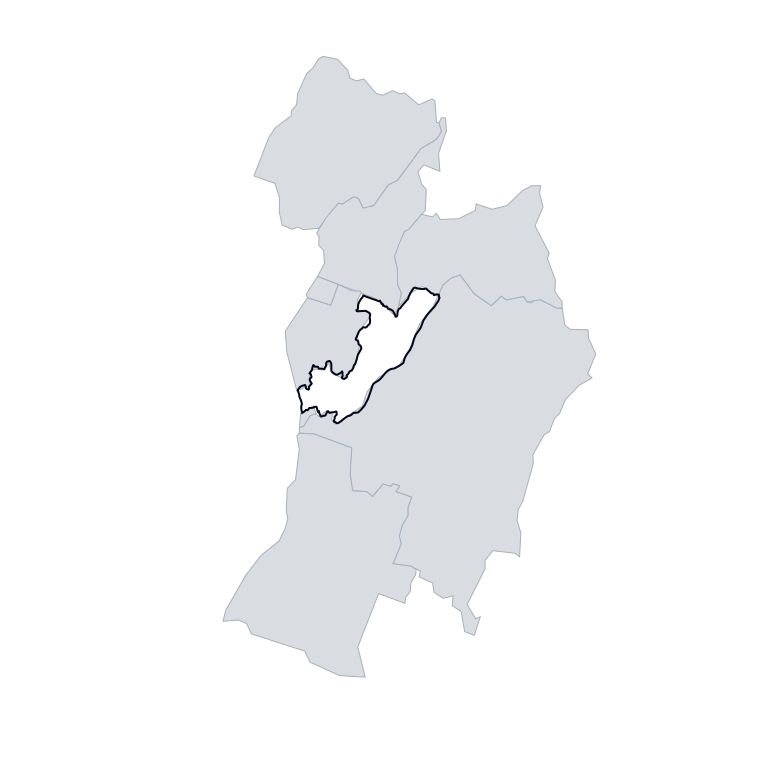 map of Republic of the Congo with Democratic Republic of the Congo, Nigeria, Cameroon and 4 others greyed out, rotated 20°
{"feature_id": "COG", "entity_name": "Republic of the Congo", "entity_type": "country or territory", "adm_level": 0, "iso_a3": "COG", "parent_name": "Africa", "parent_adm1": "", "projection": "equal_earth", "projection_center": [14.374, -0.658], "detail": "fine", "context": "with_neighbors", "style": "outline", "palette": "ink", "viewbox_px": 768, "rotation_deg": 20, "n_neighbors": 7, "source": "natural_earth", "source_scale": "50m", "svg_char_len": 8121}
<svg xmlns="http://www.w3.org/2000/svg" viewBox="0 0 768 768"><g transform="rotate(20 384 384)"><path d="M551.5,407.9L554.5,446.7L553.1,456.3L555.7,466.8L563.5,477.1L570.5,500.0L565.2,498.2L543.3,503.4L539.3,515.1L542.2,523.1L537.5,562.8L550.3,573.1L554.1,569.8L554.8,589.3L544.5,589.1L534.4,571.5L524.1,568.9L521.3,559.4L512.9,565.2L502.2,562.6L497.8,554.4L483.0,553.2L482.2,547.5L471.5,546.0L453.9,549.9L454.8,528.3L450.4,521.6L449.4,510.4L451.5,499.4L448.8,492.4L448.6,480.9L432.2,481.1L433.4,474.5L426.5,474.6L425.8,477.7L417.3,478.4L411.9,493.6L404.4,491.1L391.0,495.1L382.7,479.7L375.5,455.1L335.5,454.9L321.2,459.2L319.3,453.5L322.7,451.6L325.4,438.9L330.3,435.1L333.9,436.9L338.5,429.9L345.9,430.1L346.8,435.3L351.8,438.5L371.2,412.3L370.7,397.2L376.7,379.4L391.8,361.2L393.4,355.3L396.0,342.2L396.9,315.6L403.6,294.4L405.6,270.6L410.9,261.3L418.2,255.4L438.0,268.4L458.1,273.7L464.0,261.3L470.2,263.1L485.2,254.0L490.6,257.9L495.0,257.3L497.0,252.9L502.1,251.3L521.0,253.6L525.5,251.7L533.8,266.8L539.9,269.0L557.3,263.3L560.6,271.1L572.7,283.3L571.9,304.7L577.4,307.1L567.8,318.5L559.8,336.6L559.1,351.3L555.9,358.3L555.8,372.1L551.8,377.2L548.1,399.5L551.5,407.9Z" fill="#d9dde1" stroke="#a8b0b8" stroke-width="1"/><path d="M190.6,233.0L191.4,192.0L194.1,180.5L205.0,163.7L203.6,158.8L206.4,151.5L203.5,140.7L205.3,118.5L209.2,111.2L211.3,100.8L214.8,96.9L229.3,94.8L242.6,101.5L247.6,108.3L254.4,108.6L260.8,104.2L277.0,113.6L283.9,113.1L291.8,105.4L299.7,106.0L303.6,103.4L321.2,109.7L331.7,99.7L334.9,100.4L343.9,120.2L346.4,119.8L351.7,127.0L349.6,136.3L338.2,150.3L327.1,188.1L319.9,195.6L313.4,219.8L304.1,225.9L296.5,218.4L291.3,218.7L283.2,229.4L279.3,229.6L269.3,260.1L255.2,266.7L250.0,265.8L244.8,269.9L233.9,269.5L226.7,258.0L222.3,244.8L212.8,232.8L190.6,233.0Z" fill="#d9dde1" stroke="#a8b0b8" stroke-width="1"/><path d="M350.7,113.0L356.0,124.5L356.4,148.6L363.8,165.1L346.3,164.4L343.3,173.0L351.3,183.6L357.2,186.7L363.4,206.8L354.5,230.2L351.2,233.6L350.4,260.9L356.9,270.4L363.0,286.4L369.2,292.3L371.3,306.0L370.3,315.9L348.5,306.7L284.8,305.7L286.8,291.2L281.5,279.1L275.3,276.0L272.6,267.8L269.1,265.2L272.8,247.2L279.3,229.6L283.2,229.4L291.3,218.7L296.5,218.4L304.1,225.9L313.4,219.8L319.9,195.6L327.1,188.1L338.2,150.3L349.6,136.3L351.7,127.0L346.4,119.8L346.9,114.0L350.7,113.0Z" fill="#d9dde1" stroke="#a8b0b8" stroke-width="1"/><path d="M525.5,251.7L521.0,253.6L502.1,251.3L490.6,257.9L485.2,254.0L470.2,263.1L464.0,261.3L458.1,273.7L438.0,268.4L418.2,255.4L410.9,261.3L405.6,270.6L404.4,283.3L386.5,279.2L378.4,288.9L371.3,306.0L369.2,292.3L363.0,286.4L356.9,270.4L350.4,260.9L350.2,247.7L351.2,233.6L354.5,230.2L361.3,211.7L372.5,210.4L375.0,205.7L380.6,210.2L397.6,203.2L410.4,189.7L409.0,183.3L425.9,182.8L438.5,174.3L448.2,154.5L454.9,147.2L463.4,144.1L465.0,151.8L472.9,163.2L471.8,183.8L494.4,204.4L494.6,210.3L509.5,227.7L513.0,238.7L523.2,245.9L525.5,251.7Z" fill="#d9dde1" stroke="#a8b0b8" stroke-width="1"/><path d="M306.9,306.1L321.6,307.4L329.7,305.0L331.4,306.0L330.4,314.0L334.2,323.4L344.3,322.0L347.7,325.6L341.8,346.8L348.2,357.6L349.7,372.0L348.0,384.1L343.8,392.8L331.8,392.0L324.6,383.2L323.5,391.3L314.3,393.6L309.7,398.2L314.8,410.3L304.5,420.4L281.5,386.8L273.2,367.9L282.6,329.0L307.0,328.1L306.9,306.1Z" fill="#d9dde1" stroke="#a8b0b8" stroke-width="1"/><path d="M284.8,305.7L306.9,306.1L307.0,328.1L282.6,329.0L280.1,326.3L284.8,305.7Z" fill="#d9dde1" stroke="#a8b0b8" stroke-width="1"/><path d="M330.3,435.1L325.4,438.9L322.7,451.6L319.3,453.5L315.6,439.8L325.2,428.8L330.3,435.1ZM321.2,459.2L335.5,454.9L375.5,455.1L382.7,479.7L391.0,495.1L404.4,491.1L411.9,493.6L417.3,478.4L425.8,477.7L426.5,474.6L433.4,474.5L432.2,481.1L448.6,480.9L448.8,492.4L451.5,499.4L449.4,510.4L450.4,521.6L454.8,528.3L453.9,549.9L471.5,546.0L477.6,547.1L479.0,552.7L477.3,561.5L479.6,570.0L477.5,576.8L478.6,583.0L450.6,582.8L449.3,640.1L466.6,665.9L442.0,673.2L409.9,670.7L400.8,662.1L344.8,664.2L336.9,656.1L328.2,655.5L313.9,662.0L312.6,650.7L319.6,610.8L327.1,587.1L339.1,567.2L340.5,553.8L339.7,543.5L335.7,537.0L328.8,515.1L333.6,504.1L326.7,474.3L319.9,462.7L321.2,459.2Z" fill="#d9dde1" stroke="#a8b0b8" stroke-width="1"/><path d="M305.0,419.2L305.8,416.4L306.4,415.1L307.1,414.2L310.0,412.0L310.5,412.1L312.5,415.0L313.1,415.2L313.9,415.1L314.7,415.2L315.1,414.7L315.2,413.9L314.6,413.1L314.5,412.2L314.9,411.2L315.2,410.2L315.8,408.9L315.9,408.3L315.2,407.7L313.8,406.7L312.9,405.7L312.5,404.8L312.8,403.6L313.5,402.7L313.5,402.2L312.8,401.3L312.3,400.4L311.8,399.8L310.5,399.5L310.7,398.3L311.2,396.5L311.4,395.1L311.0,391.4L311.0,390.8L311.4,390.4L312.2,390.8L313.0,391.4L315.3,390.6L316.1,390.5L316.7,391.2L317.6,391.7L322.8,390.2L322.9,388.7L323.2,387.3L323.2,386.2L323.0,385.5L322.8,385.0L322.6,384.0L322.6,382.9L323.1,382.3L324.8,381.0L325.3,381.0L326.4,381.8L327.5,382.9L328.5,385.3L329.2,387.4L330.2,389.9L332.5,390.9L335.2,391.6L336.7,391.4L338.7,389.3L339.9,387.6L340.3,386.7L341.0,387.2L341.8,389.4L342.3,390.2L342.4,391.0L342.1,392.0L342.4,392.7L343.8,393.1L345.1,392.7L345.7,391.8L346.6,390.7L346.7,389.7L346.1,389.0L346.1,388.1L346.7,387.5L347.2,385.6L347.3,384.2L347.9,383.3L348.8,382.7L349.2,382.1L349.7,378.9L349.4,377.7L349.4,376.7L350.0,375.5L350.1,373.4L349.9,370.1L349.7,367.7L349.5,365.3L350.0,362.2L350.5,358.9L350.4,358.0L349.7,357.0L348.9,356.1L346.7,355.4L345.9,354.2L345.3,352.9L344.9,352.5L342.5,352.0L342.0,351.3L342.2,349.2L342.4,346.1L342.4,344.0L342.8,342.3L343.2,341.0L344.3,339.7L344.8,338.1L345.1,337.7L347.1,337.4L347.8,336.8L348.3,336.1L348.6,335.2L349.2,333.7L349.8,332.7L349.9,332.0L349.8,331.0L349.2,329.1L348.5,327.6L348.0,327.0L347.2,323.3L346.4,322.4L344.8,322.0L341.9,321.5L340.1,322.2L337.4,323.4L335.4,324.3L334.1,324.8L333.3,324.7L332.9,324.1L333.4,323.6L333.7,322.5L333.4,320.9L332.8,319.4L332.5,317.3L332.7,314.8L333.2,312.3L334.3,309.2L334.3,307.9L337.6,308.0L340.8,308.0L344.4,308.0L347.8,307.9L350.5,308.1L351.8,307.2L353.0,308.5L353.6,308.7L353.8,308.6L354.3,309.5L355.8,309.4L356.1,309.6L356.2,310.7L357.6,310.6L358.3,310.9L358.9,310.8L359.7,310.2L360.3,310.4L361.4,311.2L362.1,311.9L363.2,311.7L365.7,311.8L367.6,312.4L369.5,314.2L370.8,315.3L371.9,316.8L372.4,316.5L372.7,316.1L373.0,315.9L373.0,314.6L372.3,312.4L372.1,310.5L372.2,308.9L372.7,307.8L373.5,307.1L373.6,306.1L373.6,305.9L374.5,303.4L375.5,300.9L376.6,298.0L377.5,295.7L377.4,294.5L377.4,292.7L377.6,290.7L377.6,289.6L377.9,288.8L378.5,285.8L378.9,284.1L379.4,283.3L380.3,282.8L381.5,282.8L384.7,282.4L387.7,281.6L388.7,281.3L390.6,280.0L391.4,280.0L392.0,280.5L395.7,281.9L396.7,282.4L397.0,282.4L397.6,282.5L398.4,282.5L399.3,282.3L399.8,282.5L400.5,283.4L400.9,283.3L401.5,282.6L402.6,281.9L404.7,281.2L405.1,281.5L405.8,283.2L406.6,283.8L406.7,287.0L405.7,291.0L405.0,294.0L403.0,298.9L401.2,303.3L399.3,310.6L399.3,316.0L399.1,319.4L398.5,321.5L397.0,327.0L396.8,331.8L397.3,337.7L396.8,343.2L395.2,348.5L394.6,352.6L395.0,357.6L392.1,361.7L388.5,365.8L386.2,367.0L384.4,368.4L383.1,370.0L382.7,370.8L381.7,372.7L379.6,378.6L378.5,381.2L377.0,383.4L374.8,386.1L374.0,387.4L373.7,389.3L373.9,392.7L374.1,403.0L373.7,406.0L373.1,411.0L371.0,416.5L369.4,419.6L367.8,420.5L365.7,421.3L364.7,422.4L364.0,423.9L362.9,425.3L361.1,426.4L359.0,429.2L356.3,433.7L354.5,436.2L353.5,436.9L352.5,437.0L351.5,436.4L350.6,436.4L350.2,436.6L349.9,436.4L349.5,436.0L349.5,435.0L349.4,433.2L348.9,431.5L349.5,430.1L350.0,429.0L349.9,428.4L349.4,427.5L348.8,426.3L348.2,426.3L347.0,427.3L345.8,428.1L344.6,428.4L343.6,429.2L343.1,429.6L342.3,429.6L341.9,429.2L340.9,428.7L340.4,428.9L340.1,429.1L340.0,430.7L339.9,432.1L339.7,433.4L339.3,434.0L337.9,434.6L336.9,435.5L336.0,436.1L335.5,436.0L334.4,434.8L333.3,433.7L332.8,432.8L332.4,432.1L332.2,431.8L331.5,431.8L331.3,432.4L331.0,432.1L330.0,430.9L328.7,428.9L328.3,428.6L327.6,428.7L326.5,429.4L325.5,430.5L323.6,431.5L322.0,432.1L321.9,432.8L321.5,434.0L321.0,434.8L319.6,435.0L319.1,436.1L317.8,438.2L317.0,439.1L316.8,438.7L316.3,438.2L315.3,436.6L314.3,434.6L314.1,433.7L313.8,433.2L313.8,431.1L312.3,428.7L308.5,424.4L308.1,423.2L305.0,419.2Z" fill="none" stroke="#020617" stroke-width="2"/></g></svg>